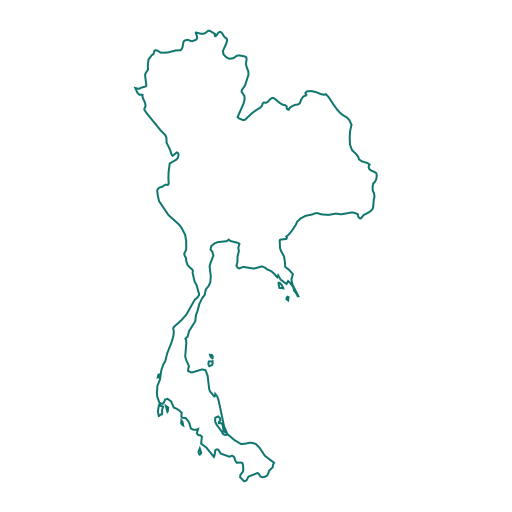 the border of Thailand
{"feature_id": "THA", "entity_name": "Thailand", "entity_type": "country or territory", "adm_level": 0, "iso_a3": "THA", "parent_name": "Asia", "parent_adm1": "", "projection": "orthographic", "projection_center": [100.709, 13.031], "detail": "fine", "context": "isolated", "style": "outline", "palette": "teal", "viewbox_px": 512, "rotation_deg": 0, "n_neighbors": 0, "source": "natural_earth", "source_scale": "50m", "svg_char_len": 6032}
<svg xmlns="http://www.w3.org/2000/svg" viewBox="0 0 512 512"><path d="M215.0,34.0L214.8,35.8L215.5,36.2L216.5,35.3L217.8,33.3L219.1,32.2L220.6,31.9L222.2,33.3L223.9,36.3L225.6,38.0L226.4,38.2L227.0,39.6L227.1,40.9L226.2,43.7L222.9,51.0L223.5,54.4L226.2,57.2L229.4,58.8L232.8,58.3L234.6,57.5L236.1,56.2L237.5,55.6L239.2,55.4L244.7,56.4L246.3,57.3L246.6,59.2L245.9,64.0L246.8,67.5L248.3,71.3L248.5,74.7L245.0,85.6L242.0,89.8L241.6,90.9L241.7,92.0L244.3,95.7L244.6,97.6L244.5,100.0L243.6,103.4L237.6,117.1L239.0,118.4L243.4,120.2L245.2,119.6L252.3,112.9L256.7,109.8L260.3,107.7L261.9,105.8L262.8,103.3L264.1,102.4L265.7,102.9L267.8,101.8L270.3,99.1L272.2,97.9L273.6,98.1L276.0,99.7L279.5,102.8L282.7,104.7L285.4,105.3L286.7,106.4L286.7,108.2L287.3,109.3L288.6,109.7L289.1,109.5L289.0,108.7L290.2,107.4L292.8,105.8L295.4,104.8L298.1,104.5L299.9,103.2L301.0,99.9L302.6,97.3L304.1,96.1L305.9,95.5L306.4,94.7L305.5,93.7L305.5,92.7L306.6,91.6L308.8,91.1L312.3,91.2L316.5,92.3L321.2,94.2L324.3,94.8L325.8,94.1L328.7,97.2L333.1,104.0L336.9,109.3L340.0,112.8L343.3,115.4L346.7,117.3L349.2,119.9L351.5,124.7L350.0,131.6L349.7,137.4L350.0,144.7L352.1,150.2L356.0,153.9L358.3,157.0L359.0,159.4L362.0,161.4L367.4,163.0L369.6,164.5L368.8,165.9L368.7,167.5L369.5,169.3L371.4,170.7L374.4,171.9L376.2,173.1L376.7,174.4L376.7,176.6L376.1,179.6L374.9,181.9L373.2,183.5L372.6,186.7L372.7,190.6L374.0,193.2L374.5,196.6L373.8,199.3L373.2,207.0L372.6,208.9L371.1,210.7L368.8,212.4L363.7,215.0L361.0,218.4L359.8,218.4L358.9,217.6L358.2,216.5L357.8,214.2L355.1,213.1L352.1,212.4L341.3,214.3L335.9,213.6L328.6,214.9L321.5,214.4L317.3,213.1L315.7,213.2L312.4,214.4L305.5,215.9L300.6,218.4L297.0,221.9L296.0,224.5L291.7,231.0L288.5,234.8L286.3,236.6L286.9,237.6L286.4,238.9L280.2,239.7L279.7,240.3L280.0,248.0L281.0,250.9L284.0,256.3L284.9,262.0L285.2,266.9L289.1,269.9L292.9,274.2L291.4,279.5L292.4,284.5L298.4,296.2L297.7,296.3L296.9,294.2L294.1,290.7L293.2,286.9L289.9,282.7L288.1,281.1L286.5,284.0L280.6,279.6L278.1,275.3L277.2,277.2L274.3,273.9L271.3,271.2L267.0,269.3L265.4,267.9L262.1,266.4L253.8,268.6L243.2,266.9L239.1,268.5L237.5,267.5L236.4,265.7L237.4,262.5L237.6,255.9L238.9,251.2L238.3,247.7L239.4,243.8L237.7,242.8L230.3,241.0L228.7,239.6L226.7,241.2L217.8,242.1L214.4,243.5L211.3,246.1L210.5,249.5L212.3,251.7L213.4,255.5L210.2,263.9L209.6,266.4L210.8,276.6L210.3,282.3L208.6,286.0L205.8,289.4L204.6,295.1L202.4,297.8L199.4,303.8L197.4,311.4L196.0,314.9L195.2,321.3L189.1,331.1L187.6,336.6L185.4,338.7L186.2,340.3L186.3,343.1L185.2,356.5L186.1,359.8L189.0,366.3L188.3,368.2L188.0,370.9L190.4,372.1L192.2,372.4L202.1,369.4L205.5,370.2L207.6,375.6L209.2,389.0L210.1,391.5L214.3,396.5L215.1,396.0L215.3,394.0L217.3,396.6L218.8,401.3L224.1,426.5L226.9,433.0L223.7,431.4L222.8,425.8L221.9,423.5L220.7,423.1L218.9,423.2L218.8,422.2L220.2,420.3L220.0,418.2L218.1,416.4L215.2,417.8L215.2,421.7L216.6,424.7L221.6,431.4L223.2,434.2L225.2,435.0L228.1,434.6L234.4,440.1L241.2,444.1L245.3,443.7L249.8,442.7L252.8,443.0L255.8,444.0L259.3,447.4L264.9,455.8L274.1,462.8L273.1,464.6L272.7,467.2L269.1,470.8L268.5,472.9L267.2,475.5L264.7,476.9L262.5,477.2L261.3,476.9L260.4,476.4L258.9,474.0L257.6,473.0L248.5,476.6L246.5,480.3L245.2,481.1L244.1,481.3L240.1,477.2L240.4,474.9L243.0,471.6L243.3,469.3L243.0,465.2L242.3,462.9L240.3,462.5L236.8,462.8L235.1,460.2L234.4,457.4L233.2,456.3L232.0,455.7L229.4,456.7L220.8,453.6L218.2,449.6L216.9,449.4L215.7,449.9L215.2,450.8L214.5,455.4L213.9,456.9L206.3,447.5L201.1,443.6L201.9,436.6L200.3,435.3L198.3,435.1L196.8,433.2L198.1,429.0L196.1,429.8L193.2,429.7L190.9,428.5L189.2,422.7L188.1,421.0L185.6,418.0L182.4,417.9L181.4,416.5L181.7,412.8L179.3,410.5L176.3,408.6L173.7,407.5L171.2,401.5L167.5,398.8L165.1,399.6L164.3,401.7L162.7,403.8L160.8,403.5L159.2,402.3L157.2,396.3L156.9,392.6L157.4,385.8L159.9,379.7L161.4,369.9L163.6,363.7L165.1,361.7L167.2,353.3L171.5,342.5L172.9,337.6L173.5,335.2L173.8,331.4L173.2,328.2L174.1,326.7L181.3,320.3L186.3,314.7L195.0,299.3L196.1,298.7L197.8,297.0L199.0,295.1L199.1,294.1L196.4,284.7L194.6,281.6L192.6,272.9L192.9,270.7L192.0,269.3L189.7,267.4L187.5,264.8L186.1,260.4L186.1,258.0L184.7,255.9L184.2,253.6L186.2,249.7L186.2,241.6L185.2,234.9L181.6,227.9L179.2,224.7L168.5,215.1L159.1,201.2L157.9,196.2L157.2,191.0L157.6,189.3L158.8,188.1L160.4,187.2L161.7,187.0L165.4,184.7L167.9,184.9L168.4,184.4L168.7,183.3L168.4,178.5L168.6,172.1L169.7,163.5L176.4,159.6L177.8,157.9L178.4,156.1L178.5,154.4L177.9,153.1L176.9,152.4L172.6,155.8L171.8,155.0L169.9,149.4L166.6,142.7L166.4,137.8L165.5,135.3L160.3,130.0L147.0,113.6L144.5,110.1L144.3,108.9L145.6,105.9L145.0,102.7L143.1,98.6L142.3,96.0L142.6,95.0L141.7,94.6L139.5,94.8L137.4,92.8L135.3,88.0L138.5,88.8L139.3,88.7L141.2,87.7L145.5,86.5L146.1,86.0L146.3,85.0L145.1,75.5L145.4,73.6L148.0,69.5L147.8,65.4L148.5,59.5L151.5,55.5L153.7,53.7L154.4,50.8L155.4,50.2L157.2,50.5L160.8,52.7L164.6,52.7L168.1,52.4L175.8,50.4L180.3,50.3L181.5,49.4L182.4,47.7L183.4,42.2L183.9,41.2L184.9,40.5L186.6,39.9L188.5,40.0L190.9,41.1L192.5,41.1L195.8,39.9L196.7,39.0L197.2,37.8L196.8,35.6L195.7,32.9L196.0,32.5L201.2,33.8L203.5,33.7L205.0,33.2L208.4,30.7L210.2,31.0L215.0,34.0ZM162.2,412.2L161.9,414.4L160.7,414.4L159.4,415.8L158.8,416.0L157.8,411.4L159.0,405.0L159.7,404.1L160.5,405.8L163.1,406.6L161.9,410.3L162.2,412.2ZM212.6,361.2L212.7,362.9L212.1,365.0L209.3,366.2L208.4,364.5L208.6,362.0L209.1,361.3L211.8,361.5L212.6,361.2ZM283.2,287.7L283.3,288.4L281.7,287.9L281.2,288.1L279.4,287.9L278.5,283.7L278.7,282.7L279.9,283.0L281.7,285.1L283.2,287.7ZM200.1,454.4L199.5,454.6L198.4,452.1L199.8,448.5L201.2,452.9L200.1,454.4ZM167.8,411.3L167.4,411.8L165.9,405.9L168.2,407.5L167.8,411.3ZM212.7,357.8L212.4,358.3L211.2,357.3L210.4,356.2L210.0,354.8L211.8,354.9L212.7,356.2L212.7,357.8ZM182.5,421.8L183.2,425.4L182.1,424.7L181.2,423.1L181.4,420.4L182.5,421.8ZM288.6,297.2L288.1,300.4L286.4,299.1L286.8,297.5L287.5,296.7L288.6,297.2ZM159.4,377.2L157.7,377.5L158.4,374.8L159.2,374.5L159.5,376.3L159.4,377.2Z" fill="none" stroke="#0f766e" stroke-width="2"/></svg>